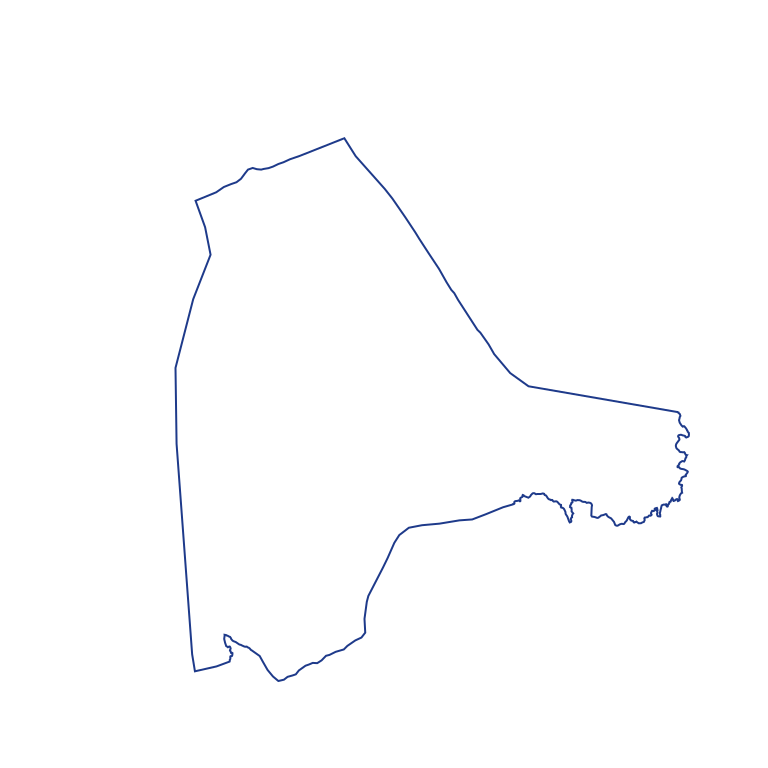 Yahukimo, Papua, Indonesia, rotated 71°
{"feature_id": "22746128B87177062694316", "entity_name": "Yahukimo", "entity_type": "district", "adm_level": 2, "iso_a3": "IDN", "parent_name": "Indonesia", "parent_adm1": "Papua", "projection": "albers", "projection_center": [140.01, -4.389], "detail": "fine", "context": "isolated", "style": "outline", "palette": "blue", "viewbox_px": 768, "rotation_deg": 71, "n_neighbors": 0, "source": "geoboundaries", "source_scale": "gbopen_adm2", "svg_char_len": 6153}
<svg xmlns="http://www.w3.org/2000/svg" viewBox="0 0 768 768"><g transform="rotate(71 384 384)"><path d="M373.0,599.6L577.1,653.4L594.1,656.3L596.5,634.3L596.2,620.4L595.5,619.9L594.7,619.7L594.0,618.9L593.2,618.5L592.2,618.3L591.5,617.9L591.4,617.5L591.7,616.6L591.6,616.2L590.8,615.6L589.1,614.9L588.8,615.1L588.8,615.8L588.6,616.1L588.2,616.2L586.8,616.0L586.0,616.5L585.5,616.3L584.7,615.5L584.1,615.1L582.8,615.1L582.1,615.3L581.8,615.8L582.1,617.3L581.1,617.9L580.5,618.5L576.9,618.5L573.0,618.1L570.0,616.6L569.2,616.4L570.0,615.0L570.5,614.8L571.0,613.9L572.1,613.0L573.0,611.9L574.4,611.5L575.4,611.5L577.4,610.7L578.2,610.0L579.7,608.2L583.2,605.6L584.1,604.2L584.7,603.7L586.7,601.6L587.3,600.7L587.4,599.8L587.7,599.2L588.5,598.8L589.2,597.9L590.3,597.1L592.1,596.4L592.9,595.7L600.7,590.1L607.5,588.9L616.4,587.2L624.4,584.2L630.4,580.6L631.0,574.9L629.5,570.5L629.8,565.4L629.8,561.9L627.1,557.7L624.8,549.9L624.8,546.4L624.5,542.2L626.2,538.0L625.0,533.0L622.1,527.3L622.4,523.8L621.5,516.9L621.9,508.4L619.7,503.9L617.1,494.6L616.4,487.9L613.0,482.7L599.7,478.9L584.4,471.2L579.3,467.8L557.2,444.7L549.7,437.2L537.5,425.9L531.8,418.7L528.0,407.3L529.9,394.0L534.1,377.0L537.5,357.0L540.8,344.7L540.3,330.0L539.3,311.5L539.8,301.7L539.5,301.2L539.7,300.7L539.8,300.7L539.8,300.3L539.5,299.6L538.1,299.3L537.7,298.7L537.5,298.0L538.0,295.6L537.9,294.4L538.0,294.2L539.1,293.8L539.2,293.5L539.1,293.2L538.1,292.8L536.6,292.5L536.1,292.0L535.8,289.9L535.5,289.7L534.4,289.3L534.1,288.9L534.7,288.2L535.6,287.9L538.5,284.5L537.9,282.4L536.9,281.3L535.8,279.1L536.0,277.8L536.5,277.1L537.2,276.7L537.7,276.2L537.9,274.9L539.0,271.7L539.2,269.4L540.0,268.3L540.7,268.4L541.4,268.1L541.9,267.3L542.7,266.9L545.3,266.3L546.4,265.8L546.9,265.3L547.1,264.8L547.7,264.4L548.2,263.9L548.2,263.1L548.5,262.6L549.7,262.3L550.4,261.8L550.9,259.7L551.2,259.0L552.0,258.4L555.1,257.1L555.9,256.0L556.7,256.2L557.8,256.8L558.6,256.6L558.9,255.8L559.6,255.1L560.4,254.6L561.2,254.4L563.9,254.1L564.9,254.3L565.6,254.5L566.3,254.5L569.0,253.8L574.3,253.7L575.4,253.4L575.2,251.9L574.8,251.6L574.1,251.4L572.6,251.4L572.1,251.1L571.3,250.2L571.3,249.6L569.9,249.2L568.4,248.0L568.0,247.2L565.6,248.1L563.3,247.3L562.0,247.1L561.7,247.7L560.9,248.2L560.1,247.7L559.4,247.5L559.1,246.8L558.6,246.2L558.0,246.0L557.5,245.6L557.4,244.6L556.9,244.1L555.3,244.0L554.8,243.7L555.0,243.1L556.5,241.1L556.8,240.1L556.7,239.0L557.6,236.8L558.6,235.7L559.7,234.9L560.3,234.0L560.7,232.8L561.1,232.0L562.4,231.0L562.6,229.4L563.4,227.9L564.3,227.1L565.4,226.8L566.4,226.8L568.0,227.7L575.9,230.8L577.1,230.5L578.2,228.3L580.0,226.0L580.2,225.3L580.1,224.4L579.7,223.6L579.5,222.6L579.0,221.6L579.3,219.4L579.2,216.6L579.6,216.1L580.9,216.0L582.1,215.5L583.0,214.9L585.0,213.0L589.3,211.4L592.5,211.3L593.4,210.6L593.9,209.8L594.0,209.0L593.5,206.8L593.5,205.1L593.7,204.4L594.3,203.4L594.4,202.5L594.1,202.0L593.2,201.0L592.6,199.7L592.0,198.8L589.6,196.4L589.3,195.8L589.2,195.3L589.3,195.1L589.8,194.8L591.4,195.4L592.2,195.4L593.6,194.7L594.6,193.1L595.8,193.0L596.3,192.7L596.5,192.2L596.2,191.6L596.5,190.9L596.3,190.1L597.2,189.6L598.7,188.4L599.3,186.3L599.0,184.8L599.0,183.2L597.5,181.8L595.8,181.6L595.2,181.0L595.4,180.4L595.4,179.3L595.7,178.2L595.5,177.6L594.7,176.3L594.8,175.7L595.3,174.9L595.1,173.9L594.6,173.5L593.6,173.7L593.0,173.6L591.5,172.2L591.2,171.8L591.9,170.5L591.8,169.7L591.1,168.9L590.4,168.9L590.2,168.8L589.9,168.2L589.9,167.7L590.0,166.3L590.6,166.2L591.5,166.4L592.2,166.4L592.2,166.7L591.6,167.4L591.6,167.8L592.9,167.2L594.1,167.2L594.6,167.3L595.7,168.2L597.5,168.3L598.2,168.0L598.6,167.3L599.2,166.0L599.0,165.8L598.4,165.8L597.8,165.4L596.4,165.4L595.9,165.2L594.2,164.1L592.8,163.3L591.8,162.5L590.9,162.1L589.2,160.9L589.0,159.0L589.5,157.7L589.8,157.2L589.5,156.7L589.5,156.4L589.9,156.2L590.7,156.7L591.6,156.5L592.1,156.2L592.2,155.8L591.9,155.4L590.9,155.0L590.6,154.5L590.4,153.9L589.7,153.7L589.3,152.8L588.5,152.5L588.4,152.3L588.6,151.5L588.5,151.2L587.3,150.4L585.7,148.6L585.9,148.5L586.7,148.8L587.3,148.2L588.0,148.5L588.9,148.3L589.0,148.1L588.6,147.5L588.8,146.5L588.2,145.4L588.1,145.0L588.4,144.1L589.0,143.6L590.0,144.3L590.4,144.2L590.3,143.1L589.8,142.0L587.3,141.7L585.6,140.6L584.2,138.9L584.0,138.4L583.9,137.5L582.8,137.4L579.6,136.5L578.7,136.6L578.2,136.2L577.5,135.4L577.0,135.2L576.5,135.1L576.3,135.3L576.4,135.8L575.0,137.2L574.3,137.5L573.7,137.2L572.8,136.4L571.8,134.5L571.3,134.1L569.5,133.0L569.1,131.0L569.4,128.6L569.1,128.4L568.7,128.6L568.3,128.5L566.5,125.8L565.8,125.3L565.4,125.4L564.9,125.7L562.7,127.7L562.0,128.7L561.0,130.6L560.3,131.5L558.5,132.2L558.4,132.4L558.5,132.9L558.3,133.4L558.1,133.5L557.3,133.2L556.2,131.1L555.6,131.0L554.9,130.1L554.5,129.3L554.0,127.2L554.1,126.7L555.0,125.4L554.8,125.1L554.5,124.9L554.0,124.2L552.3,123.1L551.9,122.2L550.7,121.7L550.4,121.3L550.1,121.5L549.8,121.4L549.7,121.0L549.2,121.7L548.7,121.9L546.8,122.0L546.1,122.4L546.1,123.2L545.1,125.2L545.0,125.7L544.3,126.5L542.8,126.8L540.6,128.1L539.7,128.4L538.0,128.3L537.0,128.0L536.0,127.3L535.3,126.5L532.8,122.8L531.3,122.5L530.0,122.9L529.4,123.0L528.7,122.6L528.4,122.1L528.5,120.4L528.8,119.5L529.9,118.2L530.5,117.1L531.3,116.2L531.7,116.1L532.4,116.2L533.0,115.6L532.9,113.7L532.7,113.1L532.2,112.6L531.5,112.4L530.6,111.9L529.8,111.9L529.4,111.7L527.9,112.4L527.0,112.3L526.3,112.6L525.9,112.5L523.9,113.0L522.1,113.7L521.6,114.0L521.4,114.7L521.6,115.0L521.6,115.4L520.0,116.2L516.8,117.0L514.2,116.8L512.8,115.8L511.6,115.2L511.1,114.5L510.6,114.1L508.7,114.1L507.5,114.8L506.9,114.8L506.8,115.2L506.0,115.6L505.7,116.3L433.2,248.1L414.8,261.1L391.6,270.1L380.6,272.2L366.8,276.2L363.3,278.0L328.5,286.6L320.9,288.0L317.0,289.7L308.3,291.7L293.1,294.5L274.6,299.3L258.6,303.3L251.0,305.0L233.6,309.5L211.4,315.7L199.7,319.8L159.4,336.6L138.7,341.5L140.9,389.7L140.9,399.7L141.6,406.8L141.6,412.2L142.3,418.2L142.3,422.9L141.5,427.7L141.3,430.3L139.5,434.3L137.0,437.8L137.0,442.8L139.5,446.7L143.4,452.4L145.2,457.8L145.2,463.5L145.6,471.3L148.1,480.2L149.4,502.5L177.5,502.1L205.3,505.9L241.7,536.8L300.9,575.9L373.0,599.6Z" fill="none" stroke="#1e3a8a" stroke-width="2"/></g></svg>